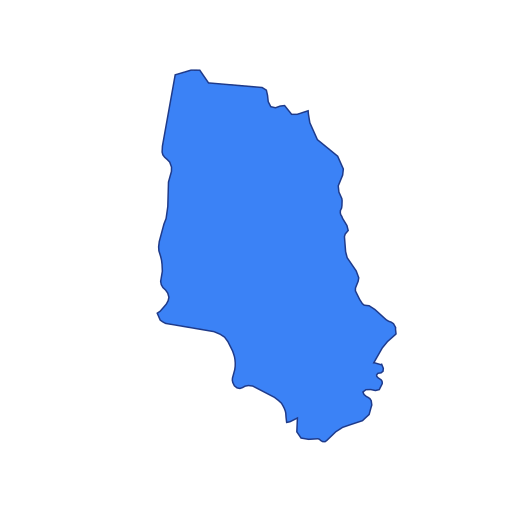 the border of Haute-Rhin, rotated 339°
{"feature_id": "FRA-5296", "entity_name": "Haute-Rhin", "entity_type": "Metropolitan department", "adm_level": 1, "iso_a3": "FRA", "parent_name": "France", "parent_adm1": "", "projection": "albers", "projection_center": [7.305, 47.86], "detail": "fine", "context": "isolated", "style": "filled", "palette": "blue", "viewbox_px": 512, "rotation_deg": 339, "n_neighbors": 0, "source": "natural_earth", "source_scale": "10m", "svg_char_len": 2219}
<svg xmlns="http://www.w3.org/2000/svg" viewBox="0 0 512 512"><g transform="rotate(339 256 256)"><path d="M356.7,139.1L355.8,142.2L354.0,150.9L355.0,169.4L368.0,192.1L368.7,206.1L365.9,211.5L357.9,220.0L356.3,226.0L356.7,233.2L356.2,235.2L354.3,239.7L353.1,241.9L351.1,243.8L350.2,245.8L349.9,247.7L350.1,248.8L350.3,249.9L350.3,251.9L351.8,260.2L351.2,265.2L347.1,267.5L345.5,269.6L341.2,284.1L340.5,290.3L344.2,305.9L344.1,313.2L342.3,316.2L337.4,321.5L336.3,324.2L337.2,333.8L338.2,338.6L339.4,340.7L343.8,343.0L347.9,348.7L354.7,362.2L356.5,364.5L358.5,366.2L360.1,368.5L360.7,372.8L360.0,374.4L358.8,378.9L358.7,379.0L348.1,383.0L340.9,387.1L339.2,388.5L327.7,397.9L328.4,398.2L333.5,402.1L334.5,402.1L334.6,406.5L333.3,409.1L330.9,409.9L327.8,409.2L326.0,410.2L325.6,411.6L326.3,413.4L328.4,416.4L328.7,417.4L328.7,417.5L328.7,418.7L328.3,420.0L327.8,420.7L323.2,424.9L319.3,424.4L316.7,422.7L315.3,421.8L310.7,420.2L307.1,421.3L307.2,424.0L308.7,426.8L309.7,427.8L311.2,429.9L311.7,432.4L310.7,436.6L309.0,438.8L304.8,444.5L299.3,446.7L296.4,447.9L283.8,447.3L275.4,447.0L267.4,448.7L255.9,453.6L253.9,454.1L251.6,453.1L250.3,451.4L249.5,449.8L248.3,448.8L239.4,446.0L232.8,442.1L231.1,434.8L236.6,422.1L228.4,422.9L225.0,422.4L225.0,422.2L226.3,417.2L227.5,413.3L227.8,411.1L227.8,408.3L227.5,405.5L227.0,402.5L225.2,398.9L222.6,394.6L206.3,376.2L202.5,374.2L199.2,373.6L196.3,374.0L193.5,373.9L191.0,372.3L189.3,369.4L189.0,365.8L189.4,363.4L190.3,361.5L195.5,354.4L197.1,351.4L198.3,348.4L199.2,345.3L199.8,342.4L200.0,339.3L200.1,336.2L199.1,326.0L197.6,320.5L194.5,316.2L189.6,311.5L147.4,286.5L145.2,283.9L143.6,281.5L143.3,274.0L146.8,273.2L155.0,268.8L157.9,266.3L159.9,263.3L160.3,259.0L159.4,255.4L157.8,252.1L157.3,248.8L157.9,245.5L163.1,236.7L165.3,230.1L166.3,226.1L166.8,222.3L167.2,216.4L168.4,212.5L170.9,207.8L181.5,193.2L185.5,188.8L191.4,178.2L200.8,155.6L207.4,146.7L209.0,142.7L209.1,137.4L207.7,134.1L206.1,131.0L205.3,128.2L205.6,125.3L208.0,119.9L245.5,57.9L262.0,59.2L270.1,62.4L273.7,77.4L322.1,100.9L325.1,104.9L324.3,110.3L322.7,116.3L323.3,121.9L327.3,124.6L332.3,124.7L336.6,125.8L340.0,136.5L345.2,138.5L356.7,139.1Z" fill="#3b82f6" stroke="#1e3a8a" stroke-width="1.5"/></g></svg>